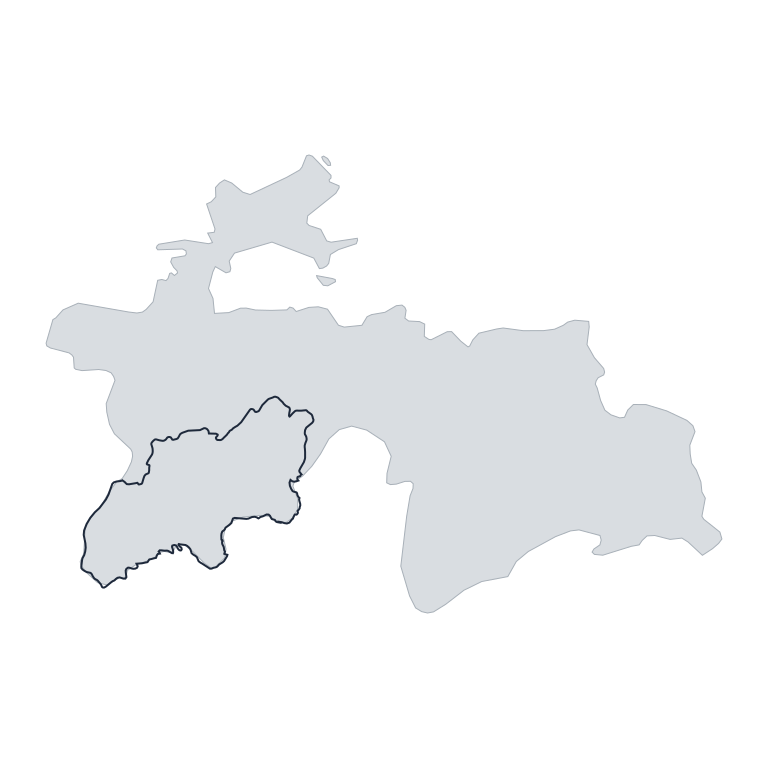 Khatlon highlighted on a map of Tajikistan
{"feature_id": "TJK-367", "entity_name": "Khatlon", "entity_type": "Region", "adm_level": 1, "iso_a3": "TJK", "parent_name": "Tajikistan", "parent_adm1": "", "projection": "robinson", "projection_center": [69.268, 37.83], "detail": "fine", "context": "in_parent", "style": "outline", "palette": "slate", "viewbox_px": 768, "rotation_deg": 0, "n_neighbors": 0, "source": "natural_earth", "source_scale": "10m", "svg_char_len": 9012}
<svg xmlns="http://www.w3.org/2000/svg" viewBox="0 0 768 768"><path d="M80.2,561.5L83.7,553.8L85.2,528.3L89.6,519.5L102.5,503.6L109.2,491.6L116.8,481.8L122.2,478.5L127.3,470.7L131.4,461.9L132.6,456.3L132.2,452.0L130.7,449.1L114.4,433.8L109.5,424.3L106.8,412.1L106.2,403.6L115.0,380.3L113.6,376.4L111.1,372.8L106.0,370.5L98.7,369.5L82.1,370.6L75.7,369.3L74.2,367.9L73.5,357.2L71.8,354.9L69.1,352.9L50.4,348.0L46.8,345.9L46.1,343.2L52.9,319.6L55.8,317.9L63.0,309.9L78.2,303.2L128.6,312.0L136.9,313.0L142.4,312.1L146.2,309.4L153.1,301.8L157.7,280.3L161.8,279.5L166.0,280.6L168.0,278.5L169.7,273.4L171.4,272.9L174.4,275.5L177.5,273.0L177.1,270.9L173.7,267.4L170.7,261.9L172.0,258.0L185.0,255.8L186.4,253.9L185.9,250.8L182.5,249.0L157.8,249.8L156.3,247.9L157.1,245.8L158.9,244.2L184.7,240.0L208.5,243.7L212.5,242.6L207.7,233.1L214.2,232.3L215.0,229.0L206.6,204.0L211.2,201.8L215.8,196.9L215.5,187.5L219.6,183.0L224.4,179.9L231.7,183.0L242.8,192.2L250.1,194.5L286.4,177.5L299.7,170.0L302.0,167.1L306.5,155.8L309.0,155.0L312.4,156.2L331.0,175.4L331.0,178.0L329.1,179.9L329.5,181.8L339.1,185.9L339.1,187.8L335.8,193.3L307.7,215.8L306.8,223.1L309.1,225.5L320.7,229.3L326.7,240.9L331.1,242.2L357.3,238.3L357.6,240.2L356.3,243.7L338.5,249.6L330.4,254.5L328.7,263.4L326.6,266.0L322.9,268.1L319.4,268.6L313.8,258.1L272.0,242.1L234.5,253.1L229.2,261.1L230.8,268.5L229.9,271.7L226.0,272.8L215.3,266.6L212.8,272.0L208.5,288.5L213.0,298.5L214.5,313.4L228.8,312.6L240.5,308.2L246.3,308.1L255.4,310.0L271.3,310.4L286.9,309.9L289.8,307.1L293.1,308.1L296.2,311.5L308.9,307.4L318.3,306.8L327.5,309.2L338.4,325.2L344.2,327.1L361.9,325.3L367.1,316.7L371.6,314.6L385.0,312.3L396.3,305.7L402.0,305.1L404.8,307.3L406.1,310.3L404.9,318.2L408.6,321.0L419.6,321.6L424.7,324.1L424.3,336.4L428.9,339.4L431.2,339.7L447.2,331.7L451.6,331.6L460.8,341.2L468.0,346.9L469.7,346.0L472.8,339.9L478.9,333.2L496.6,329.0L503.2,328.0L523.3,330.7L543.8,330.6L554.6,329.2L563.3,325.3L567.7,322.1L574.8,320.2L588.7,321.4L589.2,326.9L587.0,344.6L594.4,357.7L603.7,368.5L604.6,372.1L603.7,374.9L598.2,377.7L596.2,380.7L595.3,384.1L597.2,388.0L600.6,400.5L604.9,410.2L610.9,414.8L619.7,417.9L624.5,417.3L627.8,410.0L633.4,404.5L646.1,404.6L666.7,410.9L686.9,420.4L692.9,425.7L695.0,431.6L689.8,445.2L690.2,454.0L691.7,463.3L696.4,470.2L700.9,482.0L701.9,491.9L705.3,498.2L701.9,516.3L703.8,519.3L719.9,532.1L721.9,539.0L718.6,543.4L712.5,548.7L702.4,555.3L688.1,542.0L681.9,538.1L670.1,539.4L654.8,535.5L647.0,535.9L642.2,540.4L639.1,544.9L631.3,546.3L602.8,555.2L594.4,554.4L592.1,552.1L593.9,549.0L599.9,544.9L601.2,540.1L600.0,535.5L579.0,529.9L570.5,530.9L555.6,536.6L528.3,551.5L516.3,561.5L507.8,576.6L481.8,581.5L464.0,590.2L445.7,604.3L433.5,611.9L427.5,613.0L421.6,611.6L415.6,607.9L409.6,596.0L400.8,566.2L406.7,516.1L410.1,495.8L413.0,488.5L413.2,483.7L410.5,481.3L404.9,481.4L396.4,484.1L390.4,484.6L386.7,482.8L387.0,473.4L391.2,456.3L384.5,441.8L366.7,430.1L351.6,426.1L339.3,429.6L328.9,438.9L320.5,454.0L311.8,466.3L302.8,475.8L294.2,482.2L292.9,486.2L297.8,499.0L297.5,509.6L292.1,518.3L286.1,522.4L279.6,522.0L274.4,520.0L270.5,516.4L260.1,515.4L243.1,517.0L231.4,521.4L225.2,528.4L223.3,537.6L226.0,549.0L224.7,557.8L215.0,567.4L211.6,568.3L204.2,563.0L192.9,551.6L185.1,545.4L180.8,544.5L175.9,546.3L173.2,551.1L169.5,552.5L164.4,551.4L159.7,552.4L156.9,556.0L149.0,560.3L135.0,565.2L127.4,570.4L126.1,575.9L124.0,578.3L119.7,577.4L107.1,585.0L97.5,582.6L86.8,572.9L80.8,564.9L80.2,561.5ZM335.5,281.7L327.8,285.8L323.3,285.3L317.2,277.7L316.6,275.6L332.2,278.5L335.2,279.5L335.5,281.7ZM330.6,165.3L328.0,165.5L323.3,160.6L321.7,157.1L323.6,156.1L327.6,158.5L330.3,162.8L330.6,165.3Z" fill="#d9dde1" stroke="#a8b0b8" stroke-width="1"/><path d="M82.1,559.8L82.5,558.2L84.2,555.1L85.2,551.5L85.7,547.7L85.4,543.3L83.7,534.9L84.1,530.5L86.6,524.0L90.3,517.8L94.8,512.3L99.5,508.0L105.9,499.5L108.5,494.6L112.3,483.9L113.8,482.4L116.5,481.5L120.6,481.0L121.9,480.6L122.3,480.3L124.7,482.0L125.6,483.0L126.8,484.1L129.0,484.3L135.6,483.2L137.3,482.8L137.6,483.1L138.0,483.5L138.2,483.9L138.5,484.3L138.9,484.5L139.5,484.4L141.1,484.0L141.7,483.7L142.2,483.0L143.6,478.2L144.4,476.0L145.6,474.5L148.3,473.3L148.7,472.9L148.9,472.2L149.2,470.2L149.2,467.8L149.5,465.9L149.4,465.3L149.0,465.0L147.7,464.6L147.1,464.4L146.8,464.0L146.8,463.4L147.0,462.9L148.4,460.1L152.1,454.4L152.3,453.7L152.5,453.1L152.7,451.8L152.7,450.6L152.6,448.9L152.4,447.8L151.3,444.2L151.3,443.7L151.5,443.1L151.8,442.5L153.1,441.0L154.7,439.6L155.4,439.4L156.2,439.4L159.4,440.3L162.3,440.8L163.0,440.8L163.8,440.7L165.0,440.1L165.6,439.7L166.1,439.2L167.1,437.8L167.5,437.4L168.0,437.2L168.7,437.0L169.6,437.0L170.3,437.2L170.9,437.5L172.3,439.6L173.2,439.8L176.5,439.0L177.1,438.7L177.7,438.4L178.3,437.5L178.7,436.9L179.9,434.6L180.2,434.2L180.6,433.8L182.3,432.8L188.2,430.7L200.0,430.1L204.0,428.2L204.4,428.2L204.9,428.2L205.5,428.3L206.2,428.6L206.9,429.0L207.4,429.5L207.7,429.9L208.3,430.7L208.5,431.2L208.6,431.5L208.9,433.5L216.0,433.7L216.8,434.1L217.7,434.6L217.7,435.2L217.5,435.6L217.2,436.1L216.4,436.9L216.0,437.4L215.9,438.0L216.4,439.2L216.9,439.7L217.7,440.0L218.6,440.0L220.2,440.1L221.1,439.9L221.7,439.6L222.7,438.9L223.8,437.7L225.5,436.1L227.1,434.5L227.6,433.6L228.0,433.1L228.4,432.8L228.8,432.4L229.6,431.0L230.0,430.7L231.7,429.8L232.0,429.5L232.7,428.8L233.0,428.4L235.1,427.0L237.4,425.7L241.2,422.2L242.1,420.9L250.0,409.7L250.5,409.3L251.1,409.0L252.3,409.1L252.9,409.3L253.4,409.5L253.8,409.9L254.4,410.7L254.6,411.2L254.9,411.6L255.5,411.9L256.2,412.0L257.8,411.5L258.6,411.1L259.1,410.6L262.3,405.1L267.5,399.9L268.3,399.2L268.8,398.9L272.8,397.5L274.2,396.8L275.3,396.7L276.9,397.2L278.2,397.8L278.9,398.6L279.6,399.4L282.7,402.3L283.7,403.8L285.7,405.7L288.0,406.9L289.3,407.6L289.9,409.2L289.8,410.5L289.3,412.9L289.0,415.5L289.3,416.4L289.6,416.6L290.0,416.3L292.5,413.5L294.8,411.3L295.2,411.0L295.9,410.7L296.8,410.6L300.9,410.7L306.0,410.2L306.6,410.5L307.0,410.8L307.2,411.1L307.7,411.7L311.2,414.2L311.6,414.6L311.9,415.0L312.1,415.5L312.5,416.5L312.9,418.2L313.5,419.8L313.2,421.4L312.2,422.8L306.3,427.6L305.1,430.1L304.8,432.4L304.8,433.7L305.0,434.5L305.6,435.3L305.9,436.0L306.3,436.9L306.6,438.7L306.6,439.7L306.4,440.5L305.4,443.0L304.7,445.5L304.7,446.4L304.7,447.2L304.9,448.8L305.1,451.9L305.1,457.8L304.9,459.0L303.9,462.1L300.3,468.3L299.3,470.5L299.4,471.7L300.0,472.5L301.5,474.4L301.1,474.6L300.6,475.2L300.2,476.1L299.2,476.5L298.2,476.7L297.6,477.0L297.3,478.0L297.3,478.9L297.6,479.8L298.3,480.6L296.3,481.3L294.2,481.7L292.3,481.3L290.5,479.9L289.5,482.6L289.9,485.8L291.2,488.9L292.6,491.1L293.6,491.6L296.5,492.4L297.1,493.3L297.3,494.8L297.9,496.2L298.7,497.3L299.5,498.0L299.1,499.3L299.3,500.7L300.2,503.8L300.3,505.3L300.0,506.3L299.7,507.1L299.6,508.4L298.5,510.0L298.1,510.3L297.7,510.6L297.7,511.5L297.9,512.5L297.8,513.2L297.3,513.9L297.1,514.2L296.6,514.6L296.3,514.5L294.7,514.6L293.2,517.7L293.0,518.6L292.4,518.9L289.4,522.6L286.9,523.5L284.3,523.1L281.7,522.2L279.3,521.8L279.8,522.6L277.1,522.1L276.3,521.8L276.0,521.5L275.5,521.1L275.2,520.4L274.7,519.8L273.6,519.6L271.8,519.0L270.8,517.5L270.0,515.8L268.6,514.6L266.5,514.5L262.9,516.3L261.1,516.8L260.2,517.1L259.3,517.9L258.4,518.4L257.5,517.9L256.9,517.4L254.9,516.8L254.3,516.8L252.1,517.0L248.4,518.6L246.5,518.9L234.6,517.9L232.9,518.6L231.4,523.0L229.5,524.8L225.6,527.6L225.3,528.1L224.8,529.3L224.4,529.8L223.8,530.4L222.5,531.3L222.1,531.9L221.5,533.6L221.3,535.5L221.4,539.5L221.6,539.9L222.4,540.1L222.6,540.6L222.6,541.2L222.4,541.3L222.2,541.4L222.1,541.7L222.1,542.7L222.2,543.7L222.5,544.6L222.9,545.3L223.7,546.9L224.3,550.5L225.0,551.5L224.3,553.8L225.8,554.4L227.4,554.8L227.1,556.1L224.1,561.0L222.7,562.3L219.1,564.5L217.7,566.1L216.8,566.9L215.8,567.3L215.4,567.4L213.4,567.8L211.7,568.6L210.0,568.7L201.7,563.3L201.2,563.1L199.3,561.8L198.5,561.0L196.9,557.2L195.4,555.9L193.4,554.7L191.6,553.2L190.4,549.3L189.0,547.5L187.2,545.9L185.5,545.0L179.6,544.3L179.3,544.1L178.8,544.0L178.5,544.4L179.0,545.6L179.5,546.3L180.9,547.3L181.4,547.8L181.7,549.3L181.2,550.3L180.2,550.5L179.0,549.9L177.8,548.5L177.0,546.8L176.0,545.4L174.2,545.0L172.3,545.6L172.0,546.8L173.0,549.9L173.2,552.2L172.9,553.2L171.8,553.1L168.6,551.1L167.6,550.7L166.4,550.6L164.6,550.7L161.2,550.3L159.7,550.3L158.7,551.5L159.1,551.9L159.3,552.3L159.9,553.6L157.9,553.9L156.8,555.4L156.3,557.1L156.0,557.9L154.4,558.2L151.1,559.1L149.4,559.4L149.0,559.8L147.7,561.9L147.0,562.3L146.1,562.4L141.9,563.3L136.5,563.7L137.7,566.2L137.1,567.7L135.4,568.6L133.2,568.8L131.4,568.4L129.7,567.8L128.1,567.6L126.4,568.8L125.7,570.5L125.8,572.7L126.4,577.1L125.4,578.6L123.3,578.6L119.7,577.4L117.5,577.8L115.8,579.0L114.4,580.4L112.8,581.1L111.7,581.8L105.9,586.6L105.0,587.1L104.0,587.6L103.3,587.5L102.9,587.5L102.1,587.0L101.7,586.2L101.3,585.2L100.8,584.3L97.8,580.7L97.1,580.1L95.0,579.0L94.1,578.2L92.7,576.1L91.8,574.2L90.6,572.9L86.6,572.0L84.5,570.9L82.5,569.5L81.4,568.1L81.3,566.5L82.1,559.8Z" fill="none" stroke="#1e293b" stroke-width="2"/></svg>